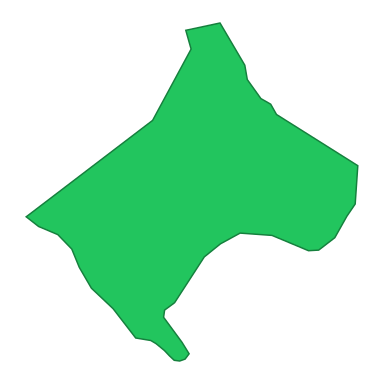 outline of Kanal
{"feature_id": "SVN-1028", "entity_name": "Kanal", "entity_type": "Municipality", "adm_level": 1, "iso_a3": "SVN", "parent_name": "Slovenia", "parent_adm1": "", "projection": "albers", "projection_center": [13.646, 46.088], "detail": "fine", "context": "isolated", "style": "filled", "palette": "green", "viewbox_px": 384, "rotation_deg": 0, "n_neighbors": 0, "source": "natural_earth", "source_scale": "10m", "svg_char_len": 599}
<svg xmlns="http://www.w3.org/2000/svg" viewBox="0 0 384 384"><path d="M26.2,216.8L152.6,120.4L191.1,49.1L185.8,30.3L220.0,23.0L244.8,65.2L247.3,79.6L260.9,98.6L270.7,104.2L276.5,114.5L357.8,165.7L355.2,204.0L346.9,216.2L334.8,237.7L318.7,250.1L308.5,250.7L272.0,235.4L240.1,233.1L220.5,243.8L204.3,256.9L174.6,302.7L164.6,310.1L163.6,317.3L182.0,342.3L189.1,353.8L185.1,359.1L179.7,361.0L174.2,360.3L169.6,356.0L164.4,350.5L156.0,343.6L150.8,340.5L135.7,338.0L113.1,308.7L91.4,288.2L79.3,267.4L71.8,249.1L57.8,234.6L38.6,226.5L26.2,216.8Z" fill="#22c55e" stroke="#15803d" stroke-width="1.5"/></svg>